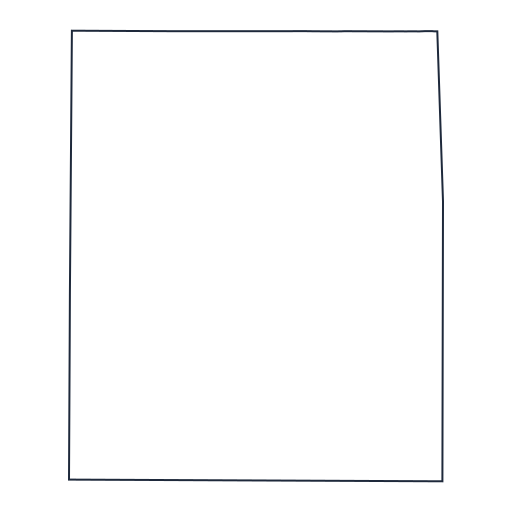 the district of Winneshiek, Iowa, United States of America
{"feature_id": "52423323B22827021429588", "entity_name": "Winneshiek", "entity_type": "district", "adm_level": 2, "iso_a3": "USA", "parent_name": "United States of America", "parent_adm1": "Iowa", "projection": "orthographic", "projection_center": [-91.743, 43.291], "detail": "fine", "context": "isolated", "style": "outline", "palette": "slate", "viewbox_px": 512, "rotation_deg": 0, "n_neighbors": 0, "source": "geoboundaries", "source_scale": "gbopen_adm2", "svg_char_len": 525}
<svg xmlns="http://www.w3.org/2000/svg" viewBox="0 0 512 512"><path d="M442.4,481.3L443.0,201.5L437.3,31.3L433.9,31.3L432.6,31.2L432.2,31.1L429.6,31.1L425.8,31.1L419.1,31.4L418.9,31.4L418.0,31.4L414.8,31.3L410.8,31.3L405.7,31.4L400.3,31.3L390.6,31.4L367.3,31.3L344.3,31.2L344.2,31.2L341.9,31.3L339.4,31.3L337.9,31.4L320.0,31.3L307.3,31.2L306.1,31.1L286.1,31.2L284.4,31.2L270.6,31.2L250.2,31.2L179.4,31.2L173.1,31.2L71.9,30.7L69.9,293.9L69.7,339.8L69.0,479.6L442.4,481.3Z" fill="none" stroke="#1e293b" stroke-width="2"/></svg>